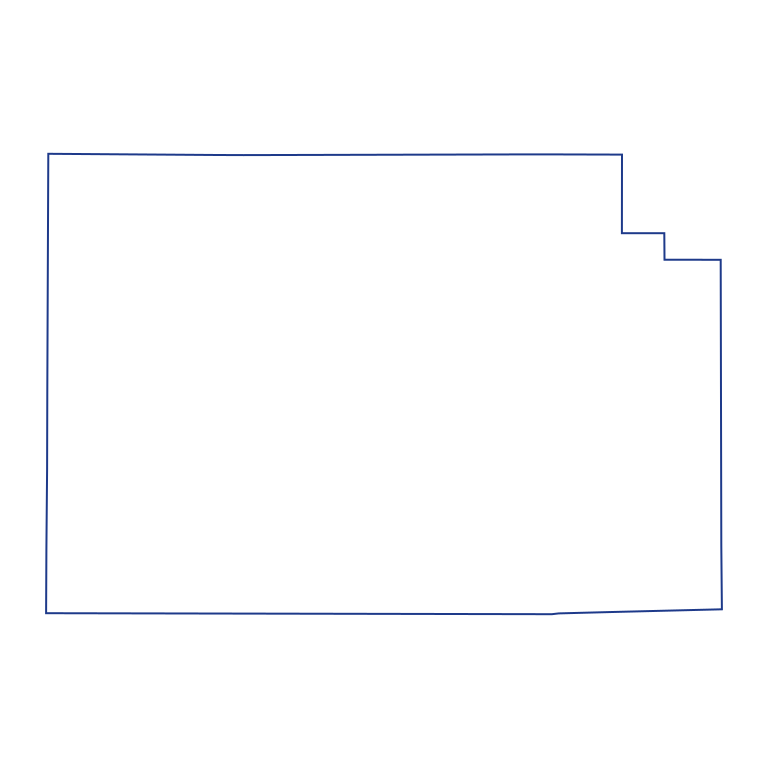 Clinton, Indiana, United States of America
{"feature_id": "52423323B28494216469443", "entity_name": "Clinton", "entity_type": "district", "adm_level": 2, "iso_a3": "USA", "parent_name": "United States of America", "parent_adm1": "Indiana", "projection": "robinson", "projection_center": [-86.427, 40.305], "detail": "fine", "context": "isolated", "style": "outline", "palette": "blue", "viewbox_px": 768, "rotation_deg": 0, "n_neighbors": 0, "source": "geoboundaries", "source_scale": "gbopen_adm2", "svg_char_len": 362}
<svg xmlns="http://www.w3.org/2000/svg" viewBox="0 0 768 768"><path d="M721.3,545.8L720.7,259.8L664.5,259.7L664.3,233.2L621.9,233.2L622.0,154.6L551.2,154.4L523.0,154.4L243.6,155.1L217.6,155.0L48.3,153.8L47.3,391.1L47.1,469.0L46.4,548.5L46.1,613.2L551.9,614.2L558.8,613.4L608.4,612.1L721.9,609.3L721.3,545.8Z" fill="none" stroke="#1e3a8a" stroke-width="2"/></svg>